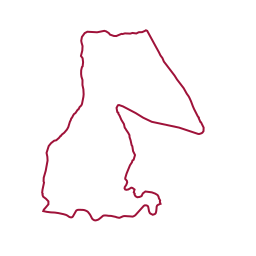 San Cristóbal Acasaguastlán, El Progreso, Guatemala, rotated 12°
{"feature_id": "79465075B13418311867324", "entity_name": "San Cristóbal Acasaguastlán", "entity_type": "district", "adm_level": 2, "iso_a3": "GTM", "parent_name": "Guatemala", "parent_adm1": "El Progreso", "projection": "mercator", "projection_center": [-89.866, 15.005], "detail": "fine", "context": "isolated", "style": "outline", "palette": "rose", "viewbox_px": 256, "rotation_deg": 12, "n_neighbors": 0, "source": "geoboundaries", "source_scale": "gbopen_adm2", "svg_char_len": 3386}
<svg xmlns="http://www.w3.org/2000/svg" viewBox="0 0 256 256"><g transform="rotate(12 128 128)"><path d="M175.6,195.4L174.5,193.6L174.5,192.2L172.9,190.4L172.0,188.6L170.8,187.4L168.2,186.5L164.7,186.0L158.2,186.5L156.1,188.9L155.4,191.8L153.7,193.0L151.5,193.8L149.6,193.2L148.2,191.7L148.2,190.8L147.0,189.8L147.2,186.8L144.8,185.7L143.6,185.7L141.9,187.3L141.0,188.1L139.2,188.8L138.0,188.7L137.2,187.8L137.1,186.6L138.2,183.8L138.5,181.2L137.8,179.8L135.9,178.4L135.7,177.6L136.1,172.8L137.7,164.0L139.0,160.7L139.1,158.9L140.1,157.9L140.5,153.0L137.8,149.6L136.0,144.9L135.1,144.0L133.1,139.5L131.4,136.6L130.9,134.7L129.2,132.7L126.7,130.3L125.9,129.4L124.7,128.3L123.2,125.0L119.8,121.4L117.2,117.7L115.5,115.9L115.3,115.0L114.2,114.6L112.6,110.7L113.4,107.9L114.4,107.4L118.5,107.9L132.4,111.8L140.8,114.8L150.0,117.0L177.9,117.0L197.7,119.2L198.8,119.1L200.6,118.1L201.7,117.2L202.5,115.4L201.9,111.9L198.2,107.2L197.6,107.1L195.1,103.6L195.1,103.0L194.0,102.3L188.6,95.6L186.9,93.2L184.1,88.8L181.5,85.3L180.5,84.2L178.3,82.2L174.2,77.5L165.8,70.3L162.7,67.1L151.8,57.7L149.3,55.6L147.1,52.4L144.7,50.3L142.5,47.5L138.0,42.3L126.6,29.0L125.2,28.7L124.6,29.3L121.9,31.3L118.6,32.1L116.5,33.8L112.6,34.1L110.6,35.2L105.3,36.1L103.2,37.2L102.0,37.3L97.4,40.5L95.0,40.9L91.0,40.4L89.4,39.1L86.4,38.0L84.6,37.9L77.9,40.8L68.2,42.3L65.9,44.2L64.0,48.5L64.1,52.4L64.9,54.3L66.5,57.3L67.2,61.7L67.0,67.3L69.1,69.2L70.4,73.0L70.8,77.2L70.3,77.9L70.2,81.2L70.9,84.9L71.8,87.5L73.5,90.5L74.5,95.4L76.3,99.4L77.6,104.2L77.9,106.8L78.0,114.0L77.6,115.7L76.3,117.6L75.7,120.1L75.0,120.5L73.5,124.3L72.3,125.6L71.7,127.2L71.1,129.5L70.5,130.5L70.3,132.6L69.9,133.7L69.4,139.6L68.6,142.2L66.6,145.9L64.5,148.4L64.2,149.5L63.5,150.0L62.7,151.8L60.4,154.9L58.4,155.8L55.9,158.8L54.2,162.1L53.5,169.3L55.1,172.9L56.1,176.6L56.4,187.0L55.9,194.2L56.5,197.7L57.2,198.8L57.2,206.2L57.5,209.2L58.3,210.2L58.2,211.1L59.3,212.8L62.5,214.3L65.4,216.3L66.0,219.2L63.8,223.3L62.6,225.4L62.4,226.9L65.2,226.9L66.0,226.9L67.1,226.8L68.4,226.7L69.8,226.6L71.7,226.3L73.5,226.0L74.4,225.9L76.1,225.8L77.4,225.7L78.9,225.7L80.4,225.7L81.8,225.7L83.1,225.7L84.0,225.8L84.6,225.8L85.5,225.9L87.0,226.3L88.1,226.8L88.8,227.1L89.7,227.3L90.7,227.3L91.5,227.1L92.0,226.7L92.5,226.0L93.0,224.4L94.4,220.0L94.6,219.5L95.5,218.7L96.6,218.3L98.0,218.0L99.2,217.8L100.9,217.5L101.9,217.4L103.3,217.5L104.7,217.8L105.6,218.1L106.4,218.5L107.2,219.2L108.3,220.1L109.1,220.9L109.8,221.7L111.4,223.7L112.1,224.4L113.2,224.9L114.1,225.2L114.9,225.2L115.6,225.1L116.6,224.6L117.3,224.2L118.2,223.6L118.6,223.1L119.3,222.3L120.2,221.2L121.1,220.0L121.7,219.2L122.4,218.7L123.7,218.3L125.8,218.0L126.7,218.0L128.6,217.7L129.8,217.5L130.6,217.5L133.3,217.5L134.4,217.5L135.6,217.7L137.5,217.7L138.3,217.6L139.0,217.2L141.2,215.6L141.9,215.2L142.7,214.9L143.2,214.8L144.4,214.6L145.9,214.4L147.8,214.1L148.4,214.0L149.3,213.9L150.2,213.8L151.0,213.7L151.9,213.1L152.4,212.7L153.3,211.8L155.9,207.3L159.6,200.9L160.4,200.2L161.6,199.9L162.2,199.9L163.3,200.1L164.0,200.7L164.5,201.7L165.9,205.1L166.5,205.9L166.8,206.4L167.4,206.9L168.3,207.2L169.0,207.4L169.5,207.5L170.3,207.7L171.1,207.2L171.7,206.9L172.3,206.4L172.7,205.8L172.8,205.2L172.9,204.6L172.9,203.4L172.7,201.3L172.5,199.8L172.4,199.2L172.5,198.5L172.6,197.9L172.9,197.4L173.3,197.0L174.9,195.8L175.6,195.4Z" fill="none" stroke="#9f1239" stroke-width="2"/></g></svg>